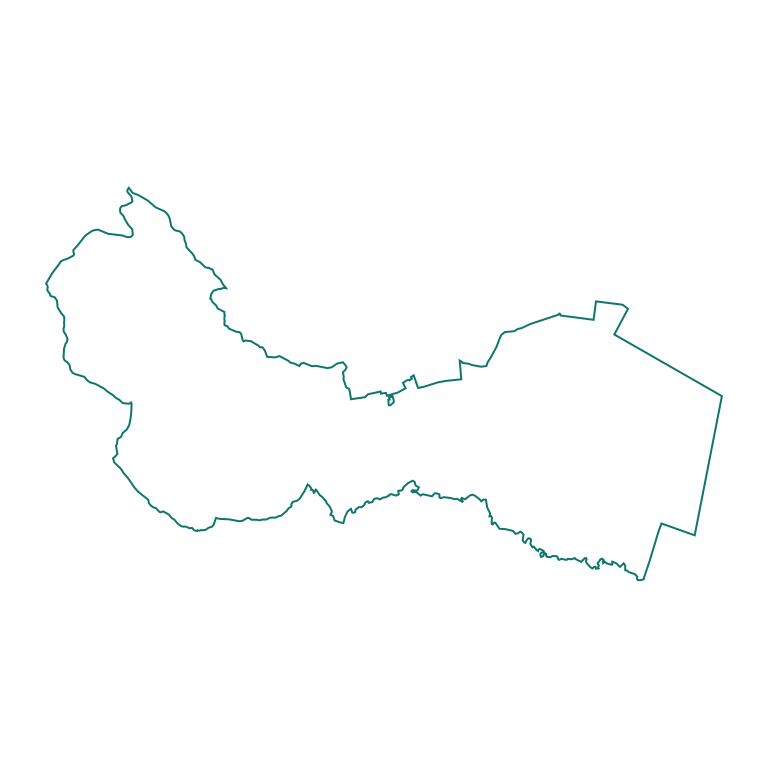 Urechesti, Vrancea, Romania
{"feature_id": "2599482B13172395436586", "entity_name": "Urechesti", "entity_type": "district", "adm_level": 2, "iso_a3": "ROU", "parent_name": "Romania", "parent_adm1": "Vrancea", "projection": "albers", "projection_center": [27.067, 45.615], "detail": "fine", "context": "isolated", "style": "outline", "palette": "teal", "viewbox_px": 768, "rotation_deg": 0, "n_neighbors": 0, "source": "geoboundaries", "source_scale": "gbopen_adm2", "svg_char_len": 6077}
<svg xmlns="http://www.w3.org/2000/svg" viewBox="0 0 768 768"><path d="M643.8,579.2L644.0,577.6L649.5,561.4L658.6,531.2L661.5,523.5L694.7,535.3L721.9,396.1L614.3,334.5L628.0,308.8L622.5,304.7L596.0,301.4L593.6,319.8L560.6,315.5L559.9,313.8L559.2,313.6L557.9,314.9L530.6,323.9L521.6,328.1L517.8,329.0L514.1,331.2L504.9,332.1L501.6,334.6L500.1,337.4L496.4,347.1L490.6,357.7L487.7,362.2L486.4,366.0L481.1,366.7L471.8,365.0L468.7,363.7L462.6,363.0L462.4,362.2L459.7,360.6L461.3,379.3L446.0,380.9L438.1,382.3L423.8,386.8L418.0,387.9L413.7,375.3L411.0,377.0L411.9,378.7L410.5,379.7L409.7,380.2L409.5,379.8L406.8,380.3L403.0,382.9L405.6,388.3L397.5,392.7L391.9,394.2L393.8,400.5L393.6,402.4L390.5,405.2L389.0,405.3L388.7,404.9L388.3,399.8L389.7,399.5L389.1,397.3L391.9,396.8L391.2,394.7L387.0,395.7L385.9,392.9L381.0,393.6L380.6,391.5L368.0,394.3L365.3,396.9L363.2,397.5L351.0,399.2L349.5,390.1L348.8,388.6L346.2,387.4L343.5,379.4L343.7,376.6L343.0,372.2L345.4,369.7L346.6,367.3L346.2,366.2L343.0,362.3L337.2,363.5L331.7,367.3L327.4,368.1L315.9,365.8L311.8,366.2L303.8,362.9L301.0,363.6L299.3,366.0L294.2,363.5L290.5,362.7L288.4,360.8L279.4,356.1L275.1,357.4L267.2,356.8L264.9,350.7L262.6,347.4L259.9,347.2L258.4,345.6L250.9,341.2L245.4,340.5L243.6,341.4L242.7,340.2L241.2,333.9L239.6,332.2L236.1,331.7L229.1,328.7L227.1,326.0L225.3,325.6L224.4,324.7L224.6,320.7L224.3,317.8L224.9,315.3L224.4,314.8L224.4,312.0L217.7,308.5L216.1,305.4L212.9,302.4L211.8,301.1L211.3,299.2L210.3,298.7L211.2,294.1L213.4,290.8L218.8,289.0L221.5,288.8L223.3,287.8L226.1,288.2L222.9,284.2L220.7,280.0L214.6,274.5L212.4,269.3L211.0,269.2L209.4,268.0L205.4,267.4L200.2,262.3L195.4,259.8L194.0,255.9L192.6,253.9L186.5,247.3L186.0,243.8L184.5,240.0L184.3,237.2L183.5,235.5L181.5,232.8L179.6,231.4L175.3,230.4L174.0,229.6L172.0,227.2L171.2,226.0L169.7,218.4L168.1,215.1L166.3,212.9L164.5,211.3L155.5,207.3L148.0,200.7L138.0,194.9L132.7,193.0L128.8,187.8L127.3,190.1L127.5,192.0L131.4,196.5L132.4,200.7L131.9,202.1L125.8,205.3L121.7,206.2L120.3,208.0L120.0,209.6L120.3,212.6L123.6,216.1L124.4,218.4L128.1,224.7L132.3,229.3L132.8,234.8L131.8,236.1L130.3,237.1L127.0,237.1L122.5,235.5L108.2,233.8L98.0,229.6L93.3,230.4L90.3,232.1L85.4,235.5L77.4,245.7L73.4,250.0L73.3,251.5L74.1,254.2L73.4,255.6L68.3,258.3L61.6,260.8L60.3,262.0L59.4,263.7L52.0,273.5L46.1,283.6L47.5,285.9L47.7,287.0L47.3,290.1L47.8,291.1L50.1,294.1L50.3,295.5L50.9,296.1L54.7,297.3L57.0,300.6L57.6,307.4L61.2,313.2L64.1,316.6L64.4,320.0L64.0,322.8L64.3,325.6L63.5,329.0L63.6,330.8L64.3,332.6L65.8,334.7L67.6,339.3L66.6,342.6L65.6,343.5L64.0,348.8L63.5,357.9L64.6,360.4L67.0,362.1L69.3,364.7L69.9,366.3L70.2,369.1L72.5,372.8L75.4,374.2L84.3,376.8L87.4,380.5L89.8,382.3L95.4,383.9L103.9,388.5L107.7,391.7L113.0,395.2L115.8,397.9L119.2,399.7L122.7,403.1L128.7,403.7L130.2,403.3L131.0,402.5L131.6,403.7L131.2,413.0L130.4,419.5L129.2,425.2L126.8,429.5L122.8,432.9L121.1,436.8L117.6,439.0L116.9,444.1L116.0,445.7L117.4,453.7L116.0,455.7L113.0,458.3L114.4,462.6L120.8,468.7L123.3,472.7L128.1,478.2L134.4,487.5L138.0,491.6L148.3,499.8L148.9,503.2L151.1,505.8L153.8,507.6L155.6,507.9L159.6,512.0L160.5,512.3L163.2,511.4L168.8,514.5L171.8,518.1L174.4,519.7L177.3,523.2L180.8,526.0L183.3,526.7L185.7,526.5L189.7,528.3L192.0,527.9L194.2,530.2L197.0,531.1L197.6,530.3L199.3,530.7L201.4,530.0L202.4,530.3L205.7,529.8L208.5,527.8L212.1,526.6L213.7,524.6L216.0,518.0L219.8,518.9L228.9,519.3L239.6,521.3L242.4,520.8L247.5,517.9L248.9,518.0L251.4,519.7L257.3,519.8L259.2,520.4L262.9,519.5L266.3,519.5L270.1,517.7L276.3,517.5L278.7,516.1L281.1,515.7L286.3,511.3L288.7,508.2L291.1,506.8L291.5,505.8L291.3,504.2L293.1,501.7L296.7,500.9L299.6,498.8L304.4,491.3L307.6,484.5L309.3,485.7L310.9,487.8L311.4,488.8L311.0,489.7L312.9,490.1L313.8,492.8L314.3,492.7L315.7,489.6L316.1,489.7L319.8,495.2L322.4,497.1L326.2,501.5L326.5,502.9L329.5,506.3L331.7,510.7L331.8,512.0L330.4,514.7L332.9,515.8L334.7,520.5L340.3,522.5L343.4,523.0L344.8,517.3L347.4,511.7L350.1,509.4L351.0,508.9L352.2,512.5L353.6,512.8L355.1,512.1L355.6,509.6L359.0,507.1L361.5,507.2L364.4,504.9L365.2,502.7L367.4,501.3L368.0,501.4L368.8,502.8L372.2,502.1L374.2,499.1L375.3,498.5L377.5,498.3L379.7,499.4L383.5,497.5L385.6,497.3L389.1,495.5L389.3,494.8L391.3,494.1L395.7,495.6L398.1,494.8L398.9,493.9L398.4,492.8L398.3,490.8L400.8,490.6L402.7,489.7L403.2,487.7L405.2,485.5L408.4,482.9L412.7,480.7L414.7,482.0L415.2,484.5L416.0,485.8L418.8,487.3L417.7,489.9L416.7,490.7L412.5,490.1L411.6,491.3L412.9,492.4L416.2,492.0L420.6,495.6L422.7,494.2L432.0,496.3L434.6,493.4L435.9,493.2L439.2,494.3L439.5,495.4L439.4,497.1L440.4,498.1L444.1,497.2L450.6,498.0L454.7,499.2L456.6,498.7L462.4,501.8L462.8,501.4L461.2,498.7L461.8,497.9L465.1,499.3L469.7,495.6L472.3,494.7L474.6,495.5L479.0,498.7L481.3,501.3L483.4,499.5L485.9,499.7L487.2,507.5L490.1,513.4L489.5,516.3L491.1,516.1L492.0,517.7L491.6,522.7L491.9,524.2L492.8,524.4L493.9,522.7L495.3,522.7L499.5,528.8L505.2,529.1L512.1,530.7L513.3,531.2L515.2,533.7L517.7,533.4L520.2,531.7L521.5,532.2L523.5,534.7L522.7,540.2L524.0,542.3L525.3,542.9L526.8,540.0L528.4,538.3L530.2,538.6L531.1,539.7L530.4,543.8L532.1,546.9L532.6,547.3L533.8,546.6L536.7,550.2L538.0,550.9L538.1,549.8L539.8,548.9L543.7,551.0L543.9,552.1L541.2,552.9L540.4,554.1L540.5,555.8L541.1,557.0L543.1,556.2L544.1,553.9L545.4,553.4L546.0,554.0L546.1,555.9L547.2,556.9L550.6,557.1L552.5,556.1L555.2,556.0L557.1,556.5L557.8,557.5L557.7,558.5L559.1,559.9L561.3,558.8L565.8,559.8L567.0,559.7L567.9,558.8L571.4,559.3L574.8,558.1L575.6,559.1L581.2,561.9L584.6,558.3L586.1,558.1L586.6,559.1L585.9,561.2L586.4,562.7L590.1,566.9L592.3,568.5L594.2,566.9L595.5,566.8L596.0,568.7L598.6,568.4L598.0,567.5L598.9,565.5L597.6,563.6L597.8,562.8L599.3,561.3L600.3,559.4L602.0,558.7L603.6,559.8L603.7,560.5L602.9,561.2L603.2,563.1L604.9,561.8L606.8,563.4L611.8,564.8L612.3,564.2L612.2,561.7L612.7,561.7L616.9,563.7L619.5,566.6L620.3,566.8L623.6,563.4L625.2,565.5L625.2,570.2L627.0,570.6L629.0,572.2L634.9,574.1L637.2,576.6L637.0,578.5L637.6,580.0L640.7,580.2L643.8,579.2Z" fill="none" stroke="#0f766e" stroke-width="2"/></svg>